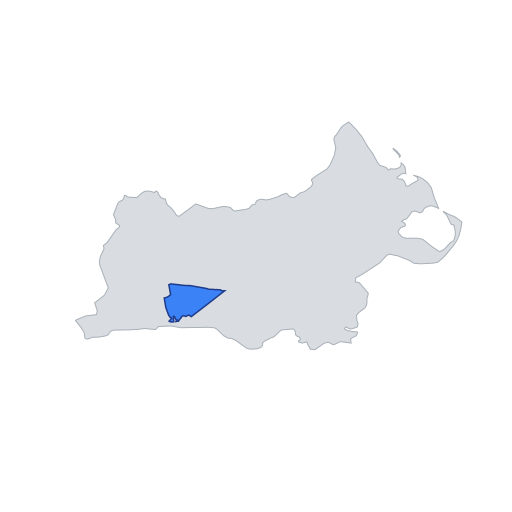 Carjew, Chardzhou, Turkmenistan shown in context, rotated 144°
{"feature_id": "10190150B55240389541589", "entity_name": "Carjew", "entity_type": "district", "adm_level": 2, "iso_a3": "TKM", "parent_name": "Turkmenistan", "parent_adm1": "Chardzhou", "projection": "natural_earth1", "projection_center": [63.051, 38.709], "detail": "fine", "context": "in_parent", "style": "filled", "palette": "blue", "viewbox_px": 512, "rotation_deg": 144, "n_neighbors": 0, "source": "geoboundaries", "source_scale": "gbopen_adm2", "svg_char_len": 4899}
<svg xmlns="http://www.w3.org/2000/svg" viewBox="0 0 512 512"><g transform="rotate(144 256 256)"><path d="M160.6,177.7L181.5,178.8L188.0,179.7L190.7,176.8L190.6,176.1L189.6,175.5L188.1,173.5L187.0,160.0L188.8,158.1L191.0,156.7L194.1,152.5L195.7,151.2L198.2,150.1L206.2,149.8L209.5,149.0L212.5,144.2L213.1,141.4L215.3,139.2L216.6,139.2L222.0,141.1L223.1,142.1L224.9,145.6L226.9,145.4L227.2,144.8L227.0,144.0L225.5,141.8L222.2,137.9L218.9,135.4L218.6,134.5L221.5,132.6L227.2,133.4L228.6,132.8L230.2,129.6L237.6,136.7L239.0,137.4L245.0,138.4L246.0,139.4L248.0,143.5L250.0,144.6L252.5,145.4L263.2,145.5L266.5,148.3L267.0,149.0L266.4,150.9L266.1,154.7L265.3,156.2L265.8,156.8L269.6,158.3L271.8,160.8L272.0,161.8L271.4,162.5L269.6,162.1L268.7,163.2L268.7,165.2L269.9,167.0L270.3,168.7L268.4,172.6L268.4,174.2L268.9,175.2L278.5,181.0L280.1,181.2L289.4,180.1L291.1,180.8L299.3,182.1L301.5,181.9L303.1,180.0L304.6,179.3L306.0,179.2L309.9,180.4L314.0,183.0L316.7,185.3L318.0,187.4L321.7,198.9L324.1,203.6L327.0,206.0L329.0,210.5L330.8,220.3L331.9,222.4L336.3,226.2L359.0,242.2L365.9,249.4L376.5,256.3L380.5,255.5L388.8,262.9L394.1,265.7L401.0,270.1L415.3,280.1L418.4,280.5L421.9,279.1L424.9,279.9L430.3,282.5L436.2,286.4L441.1,287.7L442.5,289.4L442.6,290.3L439.9,295.2L439.6,301.4L440.0,309.8L438.6,309.9L428.9,307.6L419.6,302.4L417.4,304.1L416.3,305.8L414.1,313.0L401.6,313.4L394.3,317.0L387.7,340.5L386.2,343.4L382.1,347.2L375.0,351.0L373.9,352.5L373.6,353.9L372.8,354.3L368.8,354.3L353.7,359.5L350.4,359.5L349.1,359.9L348.5,360.8L350.1,365.5L348.8,366.8L347.8,369.2L347.1,373.2L337.1,379.6L335.0,380.3L331.0,379.7L329.0,380.4L326.9,382.4L325.9,381.8L325.4,379.8L324.3,378.4L318.1,373.3L311.0,374.1L308.3,373.7L306.2,372.8L303.0,369.9L300.9,367.1L298.7,367.4L298.1,366.1L298.0,364.6L298.6,362.7L298.5,359.2L297.2,356.6L295.8,355.5L297.4,351.4L297.4,348.4L296.5,345.1L296.1,340.3L296.4,335.6L295.0,333.3L274.1,333.5L266.7,322.6L263.7,320.0L253.4,315.4L250.5,312.9L248.2,310.3L247.7,306.6L246.5,304.4L244.9,304.0L236.8,299.7L233.6,298.6L229.1,299.7L226.5,298.4L223.4,300.1L222.1,300.2L218.8,299.2L214.7,295.3L211.3,293.7L204.1,291.2L199.1,290.4L194.6,288.9L194.2,288.4L194.1,285.1L193.5,283.7L192.3,282.1L190.5,280.8L182.9,281.0L179.4,279.7L176.6,279.5L170.4,279.7L168.5,280.6L167.3,281.7L166.5,284.9L165.8,285.4L159.9,285.5L147.3,284.7L142.0,286.4L133.7,291.3L128.9,295.5L127.5,297.3L124.5,304.6L123.2,305.7L121.6,306.6L120.0,306.7L112.4,309.6L109.5,310.3L102.1,309.9L100.6,299.1L100.2,290.5L101.4,278.5L101.3,270.9L102.8,259.3L102.5,256.5L98.8,251.3L98.4,247.8L96.1,247.6L92.4,244.6L88.7,243.4L86.9,243.4L85.2,244.2L83.9,246.0L83.1,243.3L83.2,240.4L86.4,234.5L88.2,236.3L90.4,236.9L96.1,236.6L95.6,234.6L92.7,232.5L92.2,229.9L92.5,227.2L93.4,224.6L92.5,223.5L91.2,222.9L88.2,222.9L80.2,222.0L79.2,225.0L81.2,229.0L77.8,224.5L75.5,219.8L74.1,214.3L74.0,208.3L77.4,198.8L80.3,187.1L83.2,192.0L85.4,194.2L90.3,195.6L92.7,195.3L95.3,194.0L97.8,194.4L101.5,199.5L104.3,200.0L110.2,198.1L112.9,197.6L115.3,198.5L117.8,198.5L116.8,196.2L116.4,193.9L117.9,192.6L122.4,193.9L126.1,192.6L126.8,192.0L127.2,190.0L126.8,186.0L126.0,184.3L124.0,182.0L116.0,176.3L113.4,174.1L111.2,171.2L107.9,159.6L105.3,152.3L104.2,151.4L99.5,150.8L90.6,152.6L87.4,152.2L85.9,153.0L82.2,156.1L80.4,158.7L77.7,164.8L79.5,166.8L77.7,177.1L78.4,181.4L78.1,181.7L75.5,176.3L72.1,170.9L69.4,162.5L74.9,157.1L79.6,153.3L84.6,150.4L89.8,148.5L101.3,145.5L107.7,144.4L112.8,144.2L116.7,146.0L127.1,152.7L131.6,156.4L132.9,158.0L134.1,161.6L141.5,173.2L143.3,174.9L146.3,178.6L149.1,179.7L160.6,177.7ZM82.1,261.3L81.8,262.9L80.5,258.2L80.0,253.0L80.9,251.6L82.0,251.6L80.9,253.5L82.1,261.3Z" fill="#d9dde1" stroke="#a8b0b8" stroke-width="1"/><path d="M328.7,272.3L331.0,274.1L333.7,276.5L334.8,277.6L341.3,283.5L343.4,284.0L343.5,283.8L344.1,282.6L344.8,281.1L347.8,274.9L351.1,274.8L352.7,275.1L353.2,275.3L353.9,275.5L354.4,275.7L354.9,276.0L359.2,267.4L360.8,261.8L361.4,259.6L361.5,258.1L361.5,257.4L361.5,256.9L360.8,255.8L362.2,254.8L362.8,254.7L364.6,254.4L364.2,253.6L364.0,253.1L363.9,253.0L362.9,252.1L361.4,251.2L361.2,251.3L360.5,252.0L360.2,252.4L360.1,252.6L360.1,253.0L360.1,253.3L359.9,254.0L358.7,254.7L358.4,255.4L358.2,255.7L357.7,255.2L357.5,254.7L357.6,254.4L357.9,254.0L358.1,253.7L358.1,253.4L358.1,252.8L358.1,251.4L357.8,250.9L357.6,250.7L358.4,250.4L358.5,250.3L359.3,250.1L357.0,248.8L355.8,249.3L355.7,249.4L354.5,249.7L354.0,249.8L352.6,250.1L352.1,250.4L351.8,250.7L351.3,250.7L351.0,250.7L350.8,250.6L349.6,250.1L348.9,249.2L348.4,248.4L347.0,248.2L345.7,247.8L344.9,247.7L344.6,246.8L344.6,246.7L344.3,245.6L344.1,245.0L321.8,245.6L302.0,246.3L301.8,246.3L302.6,246.9L303.9,247.8L304.3,248.7L304.6,249.4L306.1,250.7L306.8,251.3L308.0,252.3L308.5,252.5L309.7,253.6L310.5,254.4L311.6,255.2L312.2,255.6L314.0,257.1L314.9,258.6L326.7,270.8L328.7,272.3Z" fill="#3b82f6" stroke="#1e3a8a" stroke-width="1.5"/></g></svg>